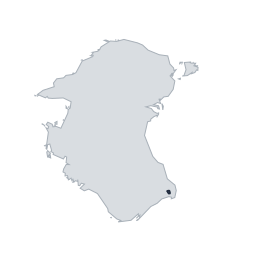 West Arthur, Western Australia, Australia shown in context, rotated 252°
{"feature_id": "25037944B89790845522775", "entity_name": "West Arthur", "entity_type": "district", "adm_level": 2, "iso_a3": "AUS", "parent_name": "Australia", "parent_adm1": "Western Australia", "projection": "albers", "projection_center": [116.778, -33.44], "detail": "fine", "context": "in_parent", "style": "filled", "palette": "slate", "viewbox_px": 256, "rotation_deg": 252, "n_neighbors": 0, "source": "geoboundaries", "source_scale": "gbopen_adm2", "svg_char_len": 4164}
<svg xmlns="http://www.w3.org/2000/svg" viewBox="0 0 256 256"><g transform="rotate(252 128 128)"><path d="M190.1,58.9L190.1,70.6L193.8,71.0L196.8,75.4L195.6,82.3L197.2,85.3L196.0,91.8L196.7,95.6L205.8,105.1L206.8,116.5L207.9,117.4L208.6,115.7L210.4,118.3L211.0,117.5L210.3,122.9L211.1,124.9L213.5,127.5L216.2,138.1L213.9,143.8L213.5,151.5L206.0,163.4L202.4,167.5L195.8,171.2L188.0,180.4L184.3,188.1L175.9,187.6L171.0,189.9L168.5,189.5L168.6,191.7L165.7,187.7L166.4,187.1L166.4,186.4L165.7,186.1L164.1,187.0L163.4,186.0L165.2,185.2L164.6,184.1L158.3,187.1L150.8,182.9L145.7,176.0L146.5,171.7L144.3,167.2L145.6,167.6L145.8,166.4L141.2,166.6L143.1,164.0L142.3,159.5L139.7,163.9L136.3,163.8L137.2,162.3L138.7,162.6L142.2,156.5L142.6,151.5L139.3,156.2L135.7,157.5L132.9,160.2L132.9,161.8L131.7,161.4L129.8,159.2L131.2,159.4L130.8,156.2L129.4,152.4L127.7,151.7L127.9,148.6L115.8,141.4L93.3,142.8L86.0,145.9L82.6,150.1L67.5,149.7L59.2,155.0L53.7,154.6L47.4,151.0L47.3,147.3L48.8,147.9L50.1,145.6L50.1,138.2L47.4,132.5L46.3,125.5L38.5,111.0L41.5,112.4L39.6,108.0L40.9,110.6L43.2,111.3L39.3,102.3L41.7,89.6L42.3,92.6L44.9,89.3L54.4,83.4L57.7,83.8L75.1,78.7L82.0,71.8L81.8,67.0L85.5,63.9L88.1,69.3L89.9,66.5L88.1,64.3L88.8,63.0L94.5,64.3L92.7,63.7L94.1,61.7L93.2,59.8L96.3,59.8L95.3,58.4L97.9,58.4L97.2,56.4L99.6,54.4L99.7,55.7L101.5,55.7L101.9,53.3L104.4,54.4L106.3,52.6L109.0,54.2L112.4,58.0L111.4,60.7L114.2,58.4L119.3,60.7L120.6,59.4L118.5,57.0L126.0,48.6L127.2,49.4L129.6,47.4L130.3,48.4L136.9,48.7L137.0,46.5L132.9,44.2L133.7,43.7L148.7,51.0L153.5,50.1L152.1,51.7L153.8,53.0L156.6,51.3L158.3,53.5L155.0,57.1L152.3,57.0L151.8,60.0L148.5,64.1L160.6,75.3L164.1,76.9L164.8,79.2L170.6,82.0L176.6,75.7L179.5,65.2L181.1,61.4L183.0,60.9L182.2,58.8L187.9,52.3L190.1,58.9ZM160.3,197.2L165.5,201.2L172.9,201.8L171.3,208.4L171.2,207.1L170.1,208.2L168.7,212.4L166.8,209.9L164.1,213.4L161.2,212.2L162.1,211.3L160.1,208.7L160.0,205.1L161.0,206.0L159.5,200.7L160.3,197.2ZM125.5,42.6L130.1,43.3L131.3,44.6L128.0,46.5L125.5,42.6ZM134.4,166.7L140.7,167.8L137.8,168.3L134.4,166.7ZM155.8,60.1L156.2,62.5L153.5,61.6L154.3,60.1L155.8,60.1ZM216.2,137.0L217.0,134.4L218.7,132.5L218.5,134.2L216.2,137.0ZM172.7,196.6L174.5,197.8L174.2,198.7L172.7,196.6ZM125.0,43.3L126.3,45.7L123.4,45.2L125.0,43.3ZM159.1,193.2L158.0,192.6L159.1,191.2L159.1,193.2ZM167.8,75.8L166.4,76.2L165.0,76.3L165.9,75.2L167.8,75.8ZM38.5,110.3L37.4,109.0L37.3,107.8L37.5,107.7L38.5,110.3ZM173.5,199.4L174.1,200.3L172.8,199.3L173.5,199.4ZM211.0,123.5L211.9,123.8L211.5,125.0L211.0,123.5ZM196.3,91.8L197.3,92.8L197.0,93.2L196.3,91.8ZM166.0,212.2L165.8,213.3L165.2,212.7L166.0,212.2ZM214.9,145.3L214.4,146.7L214.9,145.3ZM137.1,44.2L136.5,43.5L137.0,43.2L137.1,44.2ZM158.3,48.0L156.9,48.9L158.6,47.2L158.3,48.0ZM215.6,143.6L215.0,143.9L215.5,143.5L215.6,143.6ZM155.8,69.1L155.2,69.2L155.6,68.8L155.8,69.1ZM153.6,59.6L152.8,59.6L153.4,58.9L153.6,59.6ZM48.3,83.5L48.1,84.5L47.8,84.4L48.3,83.5ZM186.7,51.4L186.5,52.2L186.3,51.5L186.7,51.4ZM165.6,186.5L165.6,187.1L165.4,186.8L165.6,186.5ZM156.6,49.2L155.0,49.7L156.7,49.0L156.6,49.2ZM97.4,55.3L96.8,55.8L97.2,55.2L97.4,55.3ZM166.6,211.6L166.2,211.7L166.5,211.4L166.6,211.6ZM166.6,78.4L165.8,78.2L166.3,77.9L166.6,78.4ZM94.0,59.2L93.6,59.5L93.6,58.8L94.0,59.2ZM170.1,210.2L169.5,210.4L169.8,209.9L170.1,210.2ZM187.8,49.5L187.5,50.0L187.2,49.6L187.8,49.5ZM165.1,187.1L165.5,187.7L164.7,187.3L165.1,187.1ZM207.1,105.4L206.6,105.3L207.0,104.8L207.1,105.4ZM208.3,115.4L208.0,115.4L208.3,114.9L208.3,115.4ZM160.8,196.5L160.5,196.8L160.5,196.3L160.8,196.5Z" fill="#d9dde1" stroke="#a8b0b8" stroke-width="1"/><path d="M54.5,148.1L54.8,148.1L55.0,148.0L55.3,148.1L55.6,148.0L55.6,147.8L55.6,147.4L55.6,147.2L55.8,147.2L56.0,147.2L56.1,146.9L56.0,146.7L56.0,146.4L56.0,146.2L56.1,145.9L56.0,145.7L55.9,145.6L55.7,145.6L55.4,145.7L55.3,145.8L55.2,145.8L54.9,145.9L54.7,145.9L54.7,146.0L54.4,146.0L53.9,146.2L53.7,146.2L53.7,146.3L53.4,146.4L53.1,146.4L53.1,146.9L52.9,147.0L52.7,147.2L52.7,147.3L52.7,147.5L52.8,147.5L53.0,147.5L53.3,147.7L53.3,147.8L53.5,147.8L53.5,148.0L53.8,148.0L54.0,148.0L54.3,148.1L54.5,148.1L54.5,148.1Z" fill="#64748b" stroke="#1e293b" stroke-width="1.5"/></g></svg>